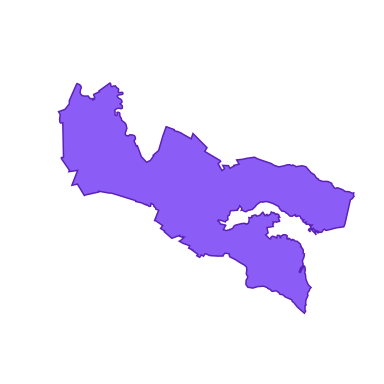 Borosneu Mare, Covasna, Romania, rotated 292°
{"feature_id": "2599482B5225346003684", "entity_name": "Borosneu Mare", "entity_type": "district", "adm_level": 2, "iso_a3": "ROU", "parent_name": "Romania", "parent_adm1": "Covasna", "projection": "orthographic", "projection_center": [26.017, 45.82], "detail": "fine", "context": "isolated", "style": "filled", "palette": "violet", "viewbox_px": 384, "rotation_deg": 292, "n_neighbors": 0, "source": "geoboundaries", "source_scale": "gbopen_adm2", "svg_char_len": 6084}
<svg xmlns="http://www.w3.org/2000/svg" viewBox="0 0 384 384"><g transform="rotate(292 192 192)"><path d="M262.3,75.1L250.9,67.9L250.3,68.6L245.9,64.5L245.2,64.4L243.4,66.3L242.8,66.5L242.2,65.9L241.5,66.8L240.1,65.5L241.2,64.6L240.5,62.2L242.1,59.8L240.7,56.5L240.2,54.0L241.0,52.2L242.3,51.0L244.8,50.3L247.2,50.3L248.5,49.4L249.5,47.5L249.4,46.3L249.6,45.1L249.1,44.6L230.8,44.0L227.6,45.2L221.1,43.3L216.5,38.2L214.4,40.8L209.9,42.0L207.6,43.1L206.7,44.2L207.7,46.3L175.9,59.9L175.1,58.0L174.1,58.3L166.3,70.1L164.7,70.2L169.2,77.9L153.2,78.1L156.4,82.8L148.4,93.5L149.7,94.8L157.1,105.6L157.8,105.2L159.9,115.3L160.8,117.8L161.1,121.1L162.9,143.1L162.1,143.4L163.1,149.6L162.8,152.4L162.9,154.8L163.3,154.8L162.6,157.7L163.3,158.9L166.1,158.2L165.8,161.2L164.4,162.1L163.6,164.3L162.6,164.8L162.6,167.9L151.5,168.0L151.7,169.3L149.9,177.4L146.4,176.5L145.6,181.3L144.8,181.2L141.5,190.6L147.1,196.8L146.2,197.1L146.4,199.5L147.2,200.1L146.4,200.5L147.0,201.6L142.8,199.6L141.6,198.6L141.0,203.2L141.3,210.0L138.7,209.9L138.6,213.6L138.3,213.3L136.4,220.8L134.7,220.3L134.3,223.6L137.1,224.2L136.8,226.7L139.3,227.2L139.9,227.6L139.7,231.8L139.9,232.9L142.3,240.1L144.3,244.8L145.4,244.7L147.6,245.5L148.1,246.7L148.5,249.9L146.9,250.4L146.0,251.7L145.6,257.4L144.6,262.5L143.9,267.8L143.0,270.5L140.3,272.0L136.7,272.9L135.8,273.5L134.9,275.0L134.1,275.5L132.6,275.7L130.6,275.2L127.1,276.4L126.3,276.8L124.6,279.5L125.7,284.4L128.9,288.4L131.5,293.7L131.5,297.7L130.9,298.5L131.0,300.8L129.9,303.2L130.2,304.3L131.6,306.2L131.9,307.4L131.5,308.7L131.5,309.8L130.2,311.6L130.3,313.1L130.9,314.4L129.6,317.8L129.4,324.8L128.0,326.1L128.0,326.8L127.5,328.0L124.7,333.0L121.7,341.6L124.1,342.0L125.3,340.8L129.1,339.4L130.0,340.1L131.5,339.0L134.7,338.1L139.6,338.3L140.6,337.4L141.7,337.0L144.8,337.7L146.4,337.5L148.0,338.2L149.0,335.6L150.3,333.7L153.8,330.3L158.3,327.9L159.4,326.7L161.7,326.4L163.6,325.5L165.2,324.4L165.4,323.6L164.3,323.7L163.1,322.9L162.3,323.4L161.9,323.0L162.2,322.3L159.7,322.7L159.0,322.4L158.5,322.7L157.9,322.4L158.1,321.4L162.3,321.2L164.3,322.1L166.0,322.2L167.0,322.0L167.5,321.2L168.6,320.9L169.7,320.0L172.1,320.3L174.8,320.0L176.8,319.3L176.9,318.0L179.7,317.0L181.1,315.5L181.0,315.1L182.1,313.7L182.0,313.4L182.6,313.5L184.4,311.7L185.7,307.9L185.1,306.0L185.7,304.6L185.7,303.1L184.9,302.9L184.5,302.2L184.9,302.1L185.3,299.5L185.0,299.3L185.3,299.2L184.9,298.2L184.2,297.9L184.8,297.3L187.1,296.6L187.4,294.9L186.8,293.0L186.0,292.1L185.5,292.1L184.5,290.9L182.8,291.4L182.7,290.9L183.8,290.1L184.4,289.1L183.8,287.4L181.0,287.7L181.5,285.2L181.1,283.0L179.6,282.2L177.9,282.4L177.7,281.4L179.9,276.3L182.5,277.9L187.1,274.8L190.5,280.3L192.4,278.8L193.0,279.4L194.5,278.4L194.7,279.3L195.6,280.5L195.7,281.9L196.7,282.6L197.5,284.2L198.7,283.6L198.8,283.0L201.0,281.6L201.5,282.7L202.3,281.7L203.3,281.1L203.6,279.5L203.2,278.2L202.6,277.9L203.4,276.4L203.6,275.4L202.9,274.9L203.2,273.0L200.7,273.0L198.2,270.8L199.3,269.9L197.4,268.5L199.8,265.4L199.7,265.1L196.0,263.7L193.9,261.3L193.9,260.9L194.6,259.9L194.3,259.0L192.1,256.4L190.6,257.1L189.6,254.3L187.9,255.4L184.6,256.0L182.5,254.7L182.4,254.2L182.9,253.8L182.3,251.5L181.7,250.9L181.6,250.3L180.7,249.0L177.5,244.6L175.8,243.6L174.0,243.5L172.9,242.8L171.7,241.4L171.1,241.3L171.2,240.8L170.6,240.6L170.3,239.8L169.1,238.2L168.8,235.2L173.8,235.8L173.9,235.4L173.0,230.2L174.4,228.7L174.8,226.8L175.7,226.7L176.0,226.9L176.6,230.1L176.7,233.9L177.3,233.8L179.8,235.7L183.0,234.1L184.5,235.3L189.0,234.7L192.1,241.0L193.5,240.7L193.6,241.2L194.2,241.3L197.1,241.4L195.6,244.3L193.5,244.5L194.0,245.1L193.7,248.1L193.9,249.4L196.0,251.0L198.4,254.4L202.3,256.2L204.2,256.6L208.1,259.0L208.7,259.8L209.2,261.6L210.7,263.8L211.3,265.8L211.7,271.1L211.0,277.9L209.7,279.1L207.9,282.5L208.5,284.0L208.3,286.3L207.8,287.1L207.7,288.7L206.4,291.5L206.5,292.4L207.2,294.1L209.6,296.1L209.7,296.5L208.4,297.1L208.4,297.9L210.1,300.3L209.8,301.6L208.1,303.1L208.3,303.8L207.6,305.0L207.9,305.8L206.8,305.2L206.0,306.5L205.6,308.3L206.9,308.9L206.9,309.2L205.2,309.5L204.9,310.0L205.7,312.0L205.9,314.7L206.4,315.8L206.0,315.7L204.9,314.1L204.2,315.4L203.6,315.8L201.3,314.2L200.2,314.4L199.4,316.9L200.2,315.8L201.1,315.5L203.7,318.0L203.3,318.3L202.1,317.4L201.6,317.4L199.5,322.1L198.6,323.2L202.8,320.1L201.0,324.8L202.7,323.1L202.4,325.5L203.1,327.0L204.0,327.6L206.4,328.0L207.1,328.6L206.5,330.3L206.9,331.3L212.7,339.1L216.6,345.8L219.5,345.8L244.1,341.8L246.2,343.3L247.3,343.3L248.6,343.9L249.2,343.2L251.8,342.2L250.9,341.1L251.1,337.6L249.9,333.7L250.6,330.8L250.5,326.2L250.2,324.8L249.2,324.0L249.0,322.9L251.2,319.1L252.3,318.4L252.5,317.4L252.7,314.1L250.7,308.9L250.6,304.9L251.4,304.3L251.4,302.9L252.3,301.1L253.9,298.9L254.1,298.1L253.9,297.6L254.4,296.3L254.2,295.8L258.1,288.1L257.6,284.3L254.4,278.9L254.8,277.5L254.8,275.3L253.9,274.5L253.9,272.2L252.4,269.4L250.9,267.8L247.8,263.0L247.5,257.9L248.1,254.9L247.3,240.5L247.7,237.0L244.2,230.9L240.9,226.0L238.5,221.4L235.4,225.2L232.4,220.9L232.0,221.4L228.2,218.3L230.1,216.0L228.2,210.5L225.9,213.4L223.0,211.8L228.1,205.6L231.1,207.1L231.7,206.3L234.4,188.6L238.7,189.3L246.6,171.0L241.0,171.3L242.4,160.5L242.6,160.4L242.7,155.6L242.4,155.2L242.3,152.5L243.2,152.2L242.9,143.6L232.9,144.0L218.0,145.5L211.5,142.2L211.1,142.9L205.7,141.6L202.6,138.7L205.8,131.8L214.4,124.0L213.6,123.3L217.7,119.1L219.9,119.7L221.4,119.0L222.3,118.0L222.7,117.4L222.5,115.0L221.7,112.8L220.4,112.2L219.7,110.2L220.3,108.7L221.4,108.1L226.6,107.8L230.0,105.4L231.0,103.8L232.1,100.0L233.9,98.7L235.6,96.5L237.1,96.0L238.2,95.2L238.4,93.9L237.8,92.8L237.3,92.7L235.6,93.8L234.8,93.6L234.5,92.6L235.0,91.4L237.4,90.8L238.5,89.9L239.8,90.1L241.6,91.5L242.4,93.2L242.6,95.0L243.4,95.9L244.6,95.7L246.0,94.9L246.7,92.3L248.7,93.4L249.9,93.1L250.8,92.3L251.3,91.3L251.7,88.3L252.8,86.8L254.2,87.2L256.2,90.6L256.9,91.1L257.8,91.0L258.3,89.9L256.8,87.0L257.6,85.9L259.5,85.7L260.2,85.0L260.6,82.9L261.7,81.3L260.7,79.2L259.8,78.5L259.6,77.9L260.2,76.9L261.6,76.3L262.3,75.1Z" fill="#8b5cf6" stroke="#5b21b6" stroke-width="1.5"/></g></svg>